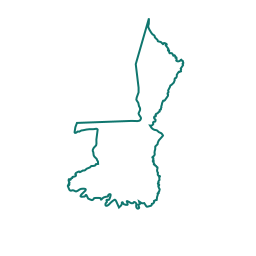 Santa Fe, Ocotepeque, Honduras (Albers equal-area conic projection), rotated 144°
{"feature_id": "27666195B70826657437169", "entity_name": "Santa Fe", "entity_type": "district", "adm_level": 2, "iso_a3": "HND", "parent_name": "Honduras", "parent_adm1": "Ocotepeque", "projection": "albers", "projection_center": [-89.282, 14.484], "detail": "fine", "context": "isolated", "style": "outline", "palette": "teal", "viewbox_px": 256, "rotation_deg": 144, "n_neighbors": 0, "source": "geoboundaries", "source_scale": "gbopen_adm2", "svg_char_len": 5816}
<svg xmlns="http://www.w3.org/2000/svg" viewBox="0 0 256 256"><g transform="rotate(144 128 128)"><path d="M173.7,156.0L173.8,155.4L173.6,155.1L173.3,154.9L172.7,154.7L170.7,154.7L169.6,153.7L167.2,153.4L165.7,152.6L162.4,151.1L160.1,149.8L156.4,147.2L154.2,146.1L153.7,145.5L153.5,144.9L153.5,144.6L153.9,144.1L160.4,137.2L162.7,133.9L164.0,132.7L167.3,132.1L169.1,131.2L169.9,130.3L170.1,129.9L170.3,128.8L171.5,126.7L171.9,125.8L172.0,124.4L171.5,121.4L171.9,120.2L172.0,118.6L173.3,116.5L175.2,117.6L175.6,117.5L176.2,117.0L177.1,117.1L178.4,117.7L179.7,118.6L180.3,118.8L182.0,118.5L185.2,119.3L186.0,119.3L187.2,119.1L188.0,119.2L188.8,119.6L189.4,120.1L192.7,120.5L193.0,120.7L193.0,121.3L193.2,121.6L194.7,122.0L196.5,122.2L197.4,121.9L197.8,121.5L197.6,120.8L197.7,120.5L198.2,120.1L198.7,119.9L199.9,120.2L201.6,121.0L201.8,120.9L202.0,120.6L202.3,120.4L202.6,120.3L203.3,120.6L203.8,120.6L204.6,120.0L205.1,120.0L205.5,120.3L205.6,121.1L206.0,121.3L206.5,120.9L207.0,120.3L207.3,119.2L207.4,118.2L207.6,118.0L208.3,118.1L208.6,117.8L208.7,117.5L208.6,116.9L208.8,116.6L209.3,116.4L209.8,117.0L210.1,117.0L210.3,116.9L210.8,116.4L211.5,113.6L211.7,112.4L211.7,111.9L211.4,111.3L211.0,110.8L209.6,110.3L208.9,109.7L208.3,108.8L207.8,107.8L207.3,107.2L205.8,106.8L203.2,106.7L201.7,106.3L200.0,105.3L199.1,104.6L198.4,103.8L198.3,103.4L198.4,103.0L199.2,102.4L204.9,101.6L206.2,101.0L206.5,100.6L206.3,100.0L205.8,99.5L203.5,98.1L202.6,98.1L201.7,98.6L201.2,98.4L201.1,98.0L201.7,94.3L200.7,92.5L199.7,91.0L199.2,90.7L198.2,90.6L197.7,90.7L197.0,91.1L196.7,91.1L195.9,90.8L194.5,89.9L192.7,88.6L191.6,87.5L191.5,86.9L191.9,86.2L191.9,85.9L191.7,85.8L191.2,85.8L190.1,86.1L188.5,86.1L186.4,85.4L185.1,84.7L184.5,84.5L184.2,84.6L183.6,85.2L183.1,85.4L182.0,85.4L181.4,85.0L181.2,84.5L181.4,84.0L182.5,83.0L183.7,82.1L184.9,81.4L185.8,81.2L186.4,81.5L187.0,82.2L187.4,82.3L187.7,82.3L188.1,81.9L188.3,81.1L188.5,80.6L189.1,80.4L190.0,80.3L190.5,80.1L191.2,79.4L191.6,78.6L191.5,78.1L191.0,77.6L190.5,77.4L189.7,77.3L188.5,77.3L185.8,77.8L183.2,78.0L181.6,77.9L180.8,77.7L180.5,76.9L180.6,75.7L182.0,69.0L179.1,69.4L177.6,70.2L176.9,71.2L176.3,71.3L176.1,71.1L176.0,70.8L176.4,69.8L176.2,68.9L175.0,67.2L174.1,66.5L173.6,66.2L173.2,66.4L172.8,67.3L172.4,68.1L172.2,69.2L172.0,69.4L171.7,69.4L170.7,67.8L169.9,65.8L169.5,65.2L168.2,64.3L167.7,64.3L167.0,64.6L166.6,64.5L166.2,64.2L165.9,63.6L165.7,62.6L165.7,61.8L167.1,60.3L167.7,59.3L167.9,58.6L167.8,57.5L167.5,57.1L167.1,56.8L166.3,56.7L165.8,57.0L164.8,59.8L163.6,59.6L162.8,59.6L162.6,59.7L162.5,60.0L162.6,60.9L162.2,62.0L161.1,59.1L160.0,58.2L159.0,57.7L159.2,54.0L159.0,53.3L158.5,52.9L155.1,51.6L154.3,51.7L153.3,52.6L152.4,52.2L150.9,52.4L150.1,53.0L150.0,53.6L149.9,53.7L147.8,53.4L147.4,53.0L147.1,52.9L146.4,53.6L145.3,54.9L143.0,56.6L142.6,57.6L142.3,57.7L141.8,57.3L141.4,57.3L141.2,57.5L140.9,58.2L139.9,58.5L138.4,59.8L138.3,60.1L138.3,60.8L138.1,61.7L137.7,63.1L137.3,63.5L136.6,63.3L136.2,63.7L136.2,64.3L136.6,65.0L136.4,65.6L136.1,65.8L135.3,65.8L135.1,66.1L135.0,66.7L134.5,67.0L133.8,67.4L133.0,67.5L131.7,69.8L130.8,69.9L130.6,70.1L130.6,70.6L131.2,70.9L131.4,71.3L131.4,72.6L131.0,73.3L130.1,74.1L130.0,75.4L129.4,76.6L129.0,77.1L127.9,78.0L127.3,78.8L127.3,79.1L127.7,79.6L127.6,80.8L128.1,81.7L127.9,82.7L128.1,82.9L128.4,83.1L128.5,83.3L128.4,83.6L127.8,84.1L127.6,84.8L127.4,85.4L127.6,85.9L127.6,86.2L127.4,86.3L127.0,86.1L126.6,86.2L126.5,86.5L126.8,87.0L126.8,87.3L125.8,87.8L125.2,88.7L125.1,89.1L125.6,89.6L125.5,90.0L123.0,90.3L122.2,90.7L121.7,91.2L121.1,92.4L119.9,93.7L118.5,94.8L116.8,97.0L113.6,97.5L112.5,98.6L111.2,99.4L110.2,99.9L104.7,101.1L104.1,101.4L104.0,102.6L104.1,104.1L105.5,106.6L105.9,108.8L106.4,109.6L107.8,111.1L108.6,112.8L108.9,114.6L108.7,117.0L107.8,116.2L106.6,116.0L105.8,116.2L105.2,116.4L104.6,117.6L104.1,117.9L103.5,117.9L102.6,117.3L101.9,117.4L101.4,117.8L100.9,118.4L100.9,118.8L101.1,119.7L101.1,120.4L100.8,121.1L100.4,121.5L99.7,121.7L99.1,121.2L98.7,121.2L98.2,121.5L97.9,122.5L97.4,122.8L96.7,122.9L95.5,122.5L94.0,122.9L92.9,122.7L92.5,122.9L92.2,123.6L91.8,123.9L91.4,123.9L90.8,123.7L90.5,123.7L90.2,124.0L89.8,124.6L88.9,125.0L88.4,125.9L87.0,126.9L85.9,128.0L83.6,129.4L83.3,129.4L83.0,129.0L82.7,128.8L81.8,128.8L76.9,130.5L76.0,131.4L76.0,132.3L75.8,132.6L75.4,132.9L74.7,132.9L74.3,133.1L73.9,133.6L73.7,134.4L73.4,134.8L69.9,136.6L68.9,137.4L68.5,137.5L67.6,137.3L64.3,137.8L62.0,139.3L61.8,139.9L61.4,140.3L60.6,140.6L59.7,140.3L59.1,140.5L58.2,141.1L57.2,142.4L55.0,143.3L53.8,143.6L53.5,143.4L53.3,143.0L52.5,143.1L52.0,142.7L51.8,142.7L51.4,143.6L50.5,144.3L50.4,145.1L46.5,146.5L46.3,146.8L46.3,147.4L46.2,147.8L45.9,148.0L45.3,148.0L45.0,148.1L44.3,150.1L44.9,150.9L44.9,151.2L44.7,151.6L44.7,151.9L45.3,152.1L46.1,151.9L46.8,151.8L48.1,152.3L48.8,152.9L49.3,153.9L49.2,154.4L48.5,154.7L47.4,156.5L47.5,156.8L47.9,156.6L48.1,156.6L48.3,156.9L48.2,157.2L47.6,158.0L47.5,159.0L47.7,159.6L48.0,159.7L48.5,159.6L48.8,159.8L48.5,161.8L48.5,162.5L49.2,163.4L50.2,163.8L50.4,164.3L50.0,165.5L49.2,166.5L49.4,166.9L50.0,167.1L50.0,167.4L49.8,167.7L49.1,167.7L48.8,168.4L48.9,171.4L48.9,172.7L48.5,173.0L48.0,172.7L47.7,172.7L47.5,173.0L47.5,173.4L48.0,174.5L48.8,175.5L49.4,175.7L50.0,175.2L50.4,175.3L50.9,178.3L52.7,180.4L52.8,180.8L52.5,181.5L52.4,182.0L53.0,185.5L52.9,185.8L52.5,186.3L52.4,186.8L52.5,187.9L53.1,189.4L53.2,191.2L52.9,194.8L52.4,197.4L51.6,198.8L50.0,200.0L46.6,204.4L84.2,175.1L95.8,154.3L98.5,150.6L103.1,147.5L104.6,146.0L104.8,144.9L104.8,143.6L104.9,142.3L106.3,139.1L106.4,137.9L106.7,136.8L107.2,136.0L107.9,135.3L110.4,133.9L110.9,133.5L111.1,133.0L111.3,132.0L111.4,129.5L111.6,128.6L112.1,127.9L113.1,127.4L113.7,127.2L114.4,127.2L116.1,127.9L120.9,131.6L166.3,162.1L170.1,159.6L173.7,156.0Z" fill="none" stroke="#0f766e" stroke-width="2"/></g></svg>